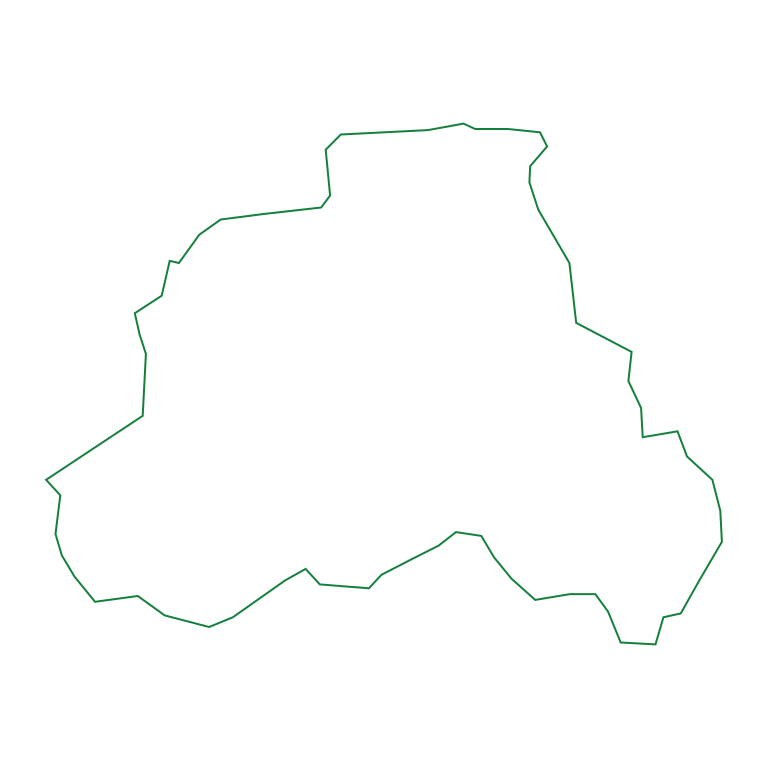 the district of Bulqizë, Dibër, Albania
{"feature_id": "67620474B60153855067708", "entity_name": "Bulqizë", "entity_type": "district", "adm_level": 2, "iso_a3": "ALB", "parent_name": "Albania", "parent_adm1": "Dibër", "projection": "robinson", "projection_center": [20.355, 41.469], "detail": "fine", "context": "isolated", "style": "outline", "palette": "green", "viewbox_px": 768, "rotation_deg": 0, "n_neighbors": 0, "source": "geoboundaries", "source_scale": "gbopen_adm2", "svg_char_len": 900}
<svg xmlns="http://www.w3.org/2000/svg" viewBox="0 0 768 768"><path d="M55.5,534.0L61.8,555.3L74.5,576.6L95.0,601.8L137.8,596.0L164.7,615.4L209.0,627.0L232.8,617.3L285.0,580.5L305.6,568.9L319.8,584.4L368.9,588.3L381.6,574.7L411.7,559.2L438.6,545.6L456.0,532.1L481.3,535.9L494.0,557.3L511.4,578.6L535.2,599.9L570.0,594.1L595.3,594.1L608.0,611.5L620.7,642.5L655.5,644.4L663.4,617.3L680.8,613.4L698.2,582.4L721.9,541.8L720.3,510.8L712.4,479.8L687.0,456.5L677.5,431.3L642.7,437.2L641.1,408.1L628.4,381.0L631.6,351.9L576.2,322.9L569.4,263.0L538.3,209.7L529.4,182.4L530.2,166.1L547.1,146.5L540.0,132.3L508.0,129.0L475.1,129.0L463.5,123.6L428.0,130.1L340.8,134.5L325.7,149.7L330.1,195.5L321.2,207.5L263.4,214.0L220.7,219.5L199.3,234.7L178.9,263.0L169.7,260.9L161.7,295.7L134.8,313.2L139.6,334.5L145.9,353.9L142.7,415.8L46.1,479.8L60.3,495.3L55.5,534.0Z" fill="none" stroke="#15803d" stroke-width="2"/></svg>